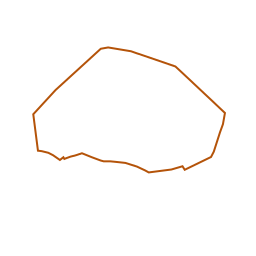 Malvik nor, Sør-Trøndelag, Norway, rotated 138°
{"feature_id": "86288312B1781368759016", "entity_name": "Malvik nor", "entity_type": "district", "adm_level": 2, "iso_a3": "NOR", "parent_name": "Norway", "parent_adm1": "Sør-Trøndelag", "projection": "mercator", "projection_center": [10.864, 63.347], "detail": "fine", "context": "isolated", "style": "outline", "palette": "amber", "viewbox_px": 256, "rotation_deg": 138, "n_neighbors": 0, "source": "geoboundaries", "source_scale": "gbopen_adm2", "svg_char_len": 760}
<svg xmlns="http://www.w3.org/2000/svg" viewBox="0 0 256 256"><g transform="rotate(138 128 128)"><path d="M189.2,201.6L210.1,171.4L207.6,168.5L203.8,162.9L201.9,157.9L200.0,149.8L195.6,149.5L196.0,147.6L195.7,147.5L193.6,146.7L191.4,145.8L189.9,145.2L188.0,144.2L186.2,143.2L184.5,142.4L182.7,141.6L181.7,141.2L180.8,140.7L179.6,140.3L179.1,140.0L174.4,130.4L170.0,122.0L168.3,119.4L163.3,114.9L160.1,111.4L153.3,103.8L147.2,93.4L143.7,85.1L142.3,81.1L123.5,68.1L113.1,63.1L113.8,59.0L85.7,50.9L80.1,53.0L62.4,63.3L54.9,67.3L45.9,74.3L46.9,86.5L47.0,88.0L50.3,127.3L50.7,132.0L51.6,142.0L70.4,175.8L71.3,177.3L74.4,183.0L88.9,201.2L89.1,201.3L95.2,205.1L95.7,205.1L155.5,204.7L156.4,204.7L189.2,201.6Z" fill="none" stroke="#b45309" stroke-width="2"/></g></svg>